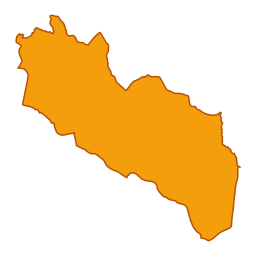 the district of Dairi, Sumatera Utara, Indonesia
{"feature_id": "22746128B7455670127099", "entity_name": "Dairi", "entity_type": "district", "adm_level": 2, "iso_a3": "IDN", "parent_name": "Indonesia", "parent_adm1": "Sumatera Utara", "projection": "robinson", "projection_center": [98.276, 2.835], "detail": "fine", "context": "isolated", "style": "filled", "palette": "amber", "viewbox_px": 256, "rotation_deg": 0, "n_neighbors": 0, "source": "geoboundaries", "source_scale": "gbopen_adm2", "svg_char_len": 5635}
<svg xmlns="http://www.w3.org/2000/svg" viewBox="0 0 256 256"><path d="M18.0,67.8L20.5,68.3L22.9,68.5L23.8,69.0L24.4,69.4L25.0,69.7L25.3,70.2L26.3,71.0L28.1,74.1L27.8,78.6L23.6,99.5L22.7,103.7L22.6,104.6L23.6,105.1L26.0,105.8L30.1,106.7L31.6,107.2L34.1,108.4L34.6,108.7L35.1,109.5L36.9,109.5L37.7,109.7L38.5,110.9L39.3,112.6L39.4,112.8L40.2,113.0L41.2,112.6L42.3,113.5L42.5,113.6L43.3,114.3L45.0,115.6L47.4,117.8L47.7,118.2L49.9,120.0L50.9,122.0L51.3,122.6L52.3,123.3L53.8,123.1L54.2,124.2L54.7,127.3L56.2,131.3L57.2,132.8L58.6,133.9L59.5,134.5L61.9,135.2L65.1,134.8L69.2,133.8L71.3,133.6L74.4,132.9L74.6,133.1L74.3,133.5L74.1,134.5L74.7,136.4L75.4,139.5L76.5,145.6L79.1,147.0L80.3,147.4L82.2,148.5L85.4,149.8L86.8,151.4L90.1,153.3L90.8,153.6L91.4,153.7L94.5,153.7L95.8,154.1L98.0,155.6L102.3,159.0L104.6,161.3L105.1,162.9L106.1,164.8L107.3,166.3L108.3,167.1L109.3,167.9L113.4,170.1L118.0,171.8L119.0,172.4L122.0,174.8L123.6,175.7L125.0,176.8L126.9,177.6L127.1,177.4L127.5,175.8L128.1,175.3L128.7,175.1L130.1,173.3L131.9,172.9L133.9,172.9L134.8,173.2L136.7,174.4L139.4,176.7L141.7,178.9L142.1,179.1L144.1,180.0L145.5,180.5L147.2,180.9L151.7,181.5L153.6,182.0L154.3,182.5L155.8,183.8L156.4,184.7L157.0,185.8L157.2,186.7L157.2,188.0L157.6,189.2L159.1,191.6L162.2,195.3L163.2,196.1L164.7,197.0L166.6,197.6L167.7,198.5L169.2,199.4L170.8,199.9L173.4,200.4L176.1,201.2L177.0,202.4L177.6,202.8L178.7,203.3L183.5,204.5L185.0,205.1L185.9,206.0L186.8,207.4L188.0,210.7L188.8,214.3L189.5,216.9L191.2,222.1L192.3,224.7L193.4,227.0L194.4,228.6L196.7,231.4L197.4,232.1L199.1,233.0L200.4,234.5L200.8,235.4L200.9,236.7L201.2,238.3L204.1,238.5L206.6,239.7L208.0,240.6L209.4,240.6L212.2,239.0L215.1,236.7L217.9,234.2L220.8,232.1L221.5,231.9L222.6,231.2L228.8,228.5L230.2,227.7L231.3,226.3L231.6,224.6L231.6,223.3L231.9,218.6L233.4,207.8L233.9,200.5L234.6,195.5L234.9,193.8L234.9,192.5L235.1,191.6L235.3,188.6L235.6,186.2L236.1,183.5L237.2,179.7L237.7,176.9L237.8,175.9L237.7,172.6L237.8,168.7L238.4,167.1L239.8,167.0L239.4,166.6L238.3,166.6L237.9,166.4L237.7,165.9L237.6,165.1L236.9,164.1L237.0,163.3L236.8,162.7L236.9,162.1L236.6,161.0L236.3,159.4L236.3,159.2L236.7,158.8L236.6,158.4L236.5,158.0L236.2,157.7L236.0,156.8L235.8,156.6L235.7,156.2L234.8,155.1L234.6,154.5L234.3,154.2L234.4,153.8L234.3,153.5L233.8,153.7L232.8,153.5L232.4,153.2L231.9,152.7L231.5,152.3L231.3,151.9L231.0,151.5L231.0,151.2L230.6,150.6L230.7,150.0L230.4,149.2L229.8,149.1L229.1,148.7L228.0,147.2L227.3,147.1L226.7,146.9L225.7,146.7L224.9,146.1L224.8,145.7L222.3,144.3L222.2,143.9L222.2,142.4L222.5,141.8L222.5,141.4L222.3,138.7L222.5,136.8L222.3,136.2L221.7,135.7L221.5,135.4L221.8,133.6L222.3,132.5L221.8,131.4L221.8,130.8L221.6,130.1L221.6,129.8L222.1,129.1L221.5,128.0L221.4,126.6L221.6,126.2L221.7,124.7L222.5,123.7L222.6,123.2L222.2,122.6L221.7,122.2L221.6,121.3L220.9,120.3L220.9,119.9L221.2,118.9L221.0,117.2L220.6,116.1L220.0,115.3L220.0,115.0L220.3,114.8L220.6,113.5L221.1,113.2L220.9,112.6L220.0,112.5L218.1,114.1L217.2,114.5L216.0,114.9L212.4,115.2L209.0,114.8L206.6,114.1L203.3,112.8L199.7,110.2L197.5,109.3L196.9,108.9L196.1,108.1L195.8,107.2L194.9,106.4L194.5,106.3L193.8,106.5L192.0,106.5L190.9,105.8L190.4,105.3L189.8,103.8L189.3,102.1L189.3,101.5L188.8,98.6L188.6,96.4L188.3,96.0L187.6,95.6L185.7,95.3L184.2,94.5L182.3,94.0L178.9,93.3L178.2,93.2L176.9,93.5L176.2,93.5L173.5,92.9L172.4,92.2L171.5,91.7L169.4,91.0L167.3,90.1L166.3,89.0L165.7,88.2L160.4,78.2L159.0,76.9L157.2,76.7L152.8,76.7L150.2,76.5L149.0,75.3L147.6,75.0L147.1,75.1L145.9,76.6L145.1,76.6L144.5,77.3L144.2,77.2L143.5,76.9L142.6,76.9L142.2,77.0L139.3,78.9L135.4,80.7L134.0,81.1L133.2,81.7L130.7,84.5L130.4,84.8L130.0,85.8L128.1,88.1L127.1,89.1L126.1,90.5L124.8,89.7L123.6,88.7L122.9,87.8L121.3,86.6L116.8,82.3L116.5,81.9L114.7,77.2L114.2,76.5L113.6,76.1L112.3,75.4L111.4,74.5L111.0,73.1L110.8,71.4L110.5,70.9L110.0,70.5L109.9,70.1L109.5,69.9L108.0,66.1L107.9,64.0L108.0,63.5L107.8,63.3L107.3,59.0L106.7,57.0L106.5,55.4L106.7,54.5L108.0,52.0L108.3,51.2L108.6,46.9L108.6,45.9L107.9,44.2L107.7,43.9L106.7,43.4L106.3,43.0L105.3,40.9L104.6,39.9L103.9,38.4L102.9,37.0L102.3,35.7L100.2,32.6L99.4,32.6L98.9,33.0L97.0,34.8L95.4,36.2L94.0,37.5L92.5,39.4L92.2,39.9L91.1,41.1L89.1,43.5L88.7,44.5L88.2,44.8L86.3,44.8L85.7,44.6L84.8,43.8L82.8,42.7L79.6,42.6L78.5,42.0L78.0,42.1L77.5,41.7L76.8,40.8L76.3,39.4L75.2,37.3L74.1,35.9L73.3,35.6L71.8,35.6L70.0,35.9L69.7,36.0L68.1,35.4L67.0,34.6L66.4,32.2L66.4,30.6L65.6,29.3L65.0,27.8L64.9,26.5L63.4,23.1L60.9,20.7L58.7,17.2L58.1,16.6L57.7,16.4L55.1,16.2L53.0,15.4L51.1,15.4L50.4,15.7L50.0,16.2L50.1,17.0L51.2,18.9L51.1,19.2L51.1,19.8L50.1,21.5L50.0,22.5L50.0,23.0L50.4,24.5L52.3,27.0L53.0,28.7L53.4,30.0L53.6,31.8L53.5,33.0L53.2,33.2L51.2,33.2L50.6,32.2L49.9,31.8L49.6,31.8L49.0,32.2L48.3,32.3L47.5,32.1L45.8,31.1L45.5,31.2L45.0,31.5L44.4,31.2L44.1,30.9L41.8,30.4L41.6,30.1L41.5,29.6L41.3,29.5L40.3,29.7L40.0,29.6L39.2,29.2L37.7,28.0L37.0,27.8L36.3,27.9L35.7,28.2L34.8,29.7L34.5,29.9L34.4,29.8L34.3,30.1L34.4,31.3L34.3,31.8L33.6,32.6L32.9,32.7L32.3,32.8L32.0,33.2L31.9,34.8L31.5,35.3L30.1,36.2L29.6,36.6L28.2,37.2L26.7,38.1L24.9,37.9L23.9,38.0L23.4,37.5L23.1,37.6L22.9,38.0L22.6,37.9L22.3,37.4L22.3,37.0L22.9,36.5L22.8,36.2L23.0,35.2L23.1,34.9L23.3,34.8L22.8,34.3L22.4,34.6L21.4,34.4L20.9,34.5L20.3,35.1L19.7,34.6L19.7,34.2L19.4,33.9L19.1,34.5L18.7,34.5L18.2,34.9L16.9,36.6L16.3,39.0L16.2,41.9L16.3,42.5L17.5,43.0L20.4,45.0L20.9,45.4L21.1,45.9L21.1,46.4L21.0,46.9L20.0,48.0L19.3,49.2L19.1,51.2L19.1,52.7L19.2,53.6L19.5,54.6L20.2,56.3L21.7,59.6L22.0,61.5L21.7,62.4L20.7,63.7L20.3,64.8L19.8,65.6L18.0,67.8Z" fill="#f59e0b" stroke="#b45309" stroke-width="1.5"/></svg>